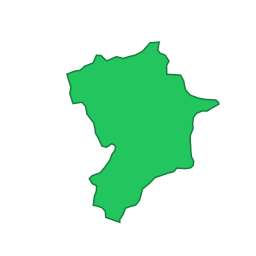 outline of Geochang-gun, South Gyeongsang, South Korea, rotated 21°
{"feature_id": "91817680B91736183236009", "entity_name": "Geochang-gun", "entity_type": "district", "adm_level": 2, "iso_a3": "KOR", "parent_name": "South Korea", "parent_adm1": "South Gyeongsang", "projection": "orthographic", "projection_center": [127.913, 35.709], "detail": "fine", "context": "isolated", "style": "filled", "palette": "green", "viewbox_px": 256, "rotation_deg": 21, "n_neighbors": 0, "source": "geoboundaries", "source_scale": "gbopen_adm2", "svg_char_len": 1286}
<svg xmlns="http://www.w3.org/2000/svg" viewBox="0 0 256 256"><g transform="rotate(21 128 128)"><path d="M200.0,70.4L189.9,73.6L182.3,75.0L174.0,75.0L167.8,71.6L163.0,64.0L158.1,59.8L151.2,61.9L145.0,64.0L141.6,55.7L142.3,50.9L136.7,46.7L131.2,46.7L127.8,44.6L126.4,37.0L126.4,36.6L118.1,40.5L114.1,51.1L108.8,57.2L103.1,61.2L98.6,64.8L91.6,65.6L84.0,73.1L77.0,70.0L72.5,71.3L72.1,79.7L65.4,85.9L62.8,91.2L57.5,94.3L55.2,96.4L51.7,99.6L56.1,105.4L60.1,110.3L61.4,116.9L68.0,124.9L75.6,120.5L80.4,122.7L84.8,129.8L94.1,135.5L97.2,140.0L99.4,144.4L104.3,148.4L110.1,154.2L114.9,153.7L118.5,148.4L122.9,149.3L123.8,153.7L122.5,158.2L122.5,162.1L122.5,164.8L120.2,173.7L118.0,179.9L115.4,182.1L111.8,185.2L110.0,189.2L114.5,192.7L119.4,193.2L120.0,195.2L121.1,198.5L121.1,203.8L123.3,212.7L127.3,211.8L132.7,211.8L136.7,214.0L139.3,219.4L154.1,219.0L153.1,216.3L154.4,210.5L154.4,203.8L158.4,200.3L162.8,197.2L164.6,191.4L164.1,185.2L163.3,179.9L167.7,172.3L170.8,164.8L181.4,155.9L186.3,152.4L188.0,147.9L196.5,145.3L200.9,142.6L202.2,139.5L201.3,135.5L197.8,132.4L195.1,127.5L192.9,122.2L190.7,117.8L188.9,112.9L188.9,105.0L186.7,100.6L185.3,94.8L186.6,89.9L191.1,85.5L195.9,83.7L198.1,80.6L204.3,73.1L203.4,71.8L200.0,70.4Z" fill="#22c55e" stroke="#15803d" stroke-width="1.5"/></g></svg>